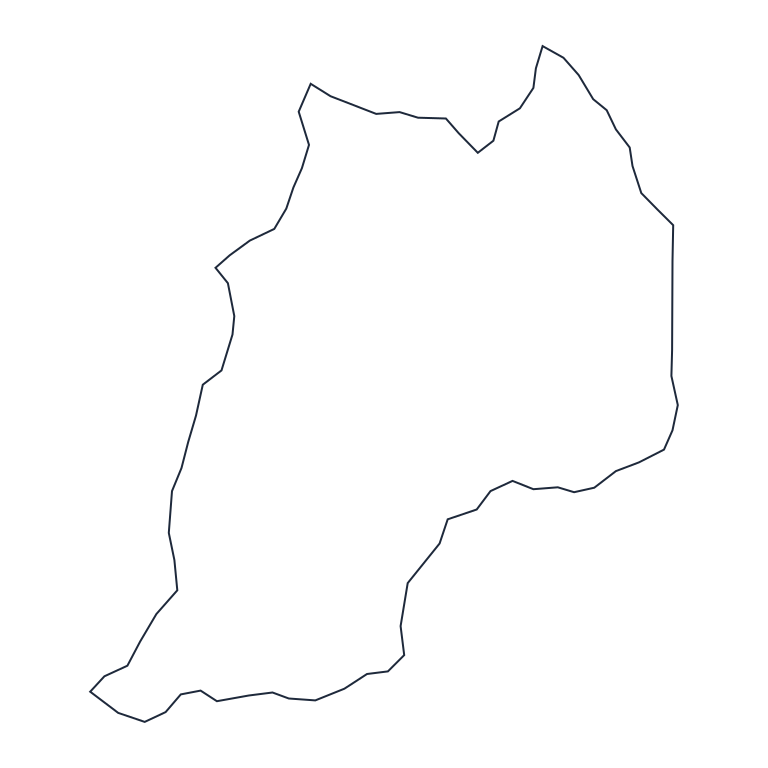 outline of Aspásia, São Paulo, Brazil
{"feature_id": "56859067B95994041301511", "entity_name": "Aspásia", "entity_type": "district", "adm_level": 2, "iso_a3": "BRA", "parent_name": "Brazil", "parent_adm1": "São Paulo", "projection": "mercator", "projection_center": [-50.73, -20.184], "detail": "fine", "context": "isolated", "style": "outline", "palette": "slate", "viewbox_px": 768, "rotation_deg": 0, "n_neighbors": 0, "source": "geoboundaries", "source_scale": "gbopen_adm2", "svg_char_len": 1126}
<svg xmlns="http://www.w3.org/2000/svg" viewBox="0 0 768 768"><path d="M664.0,449.6L672.5,430.3L677.8,405.1L671.4,376.0L672.1,350.0L672.5,261.0L673.2,225.2L657.6,209.7L641.3,193.1L632.5,166.0L629.7,147.5L615.9,129.4L606.7,110.2L593.2,99.2L578.7,75.1L563.5,57.8L542.6,46.1L535.9,68.3L533.4,87.9L519.9,108.3L498.7,121.5L493.4,140.7L477.8,152.8L458.7,133.2L445.9,118.5L418.0,117.7L399.6,112.1L376.2,113.9L330.5,96.2L310.7,83.8L298.7,111.7L309.0,144.9L301.9,168.2L293.4,187.5L286.3,208.6L274.3,228.9L249.8,240.6L229.7,255.3L215.5,267.8L227.9,283.2L234.3,316.1L232.5,334.5L221.5,370.4L202.8,384.7L196.0,415.6L188.2,442.0L181.5,468.0L172.0,491.1L168.8,532.9L174.4,560.1L177.3,590.3L156.4,614.0L140.1,641.6L127.4,665.7L104.4,676.3L90.2,691.7L118.2,712.9L144.7,721.9L165.6,712.1L180.8,694.4L200.6,690.6L216.9,701.2L248.8,695.5L272.5,692.5L288.8,698.5L315.3,700.4L344.4,688.7L367.0,674.0L387.9,671.4L404.2,655.1L400.6,626.1L407.7,583.1L439.6,543.5L447.7,519.3L476.7,509.5L490.5,491.1L512.5,480.9L533.4,489.2L557.8,487.3L574.1,492.2L594.3,487.7L615.9,471.1L638.9,462.4L664.0,449.6Z" fill="none" stroke="#1e293b" stroke-width="2"/></svg>